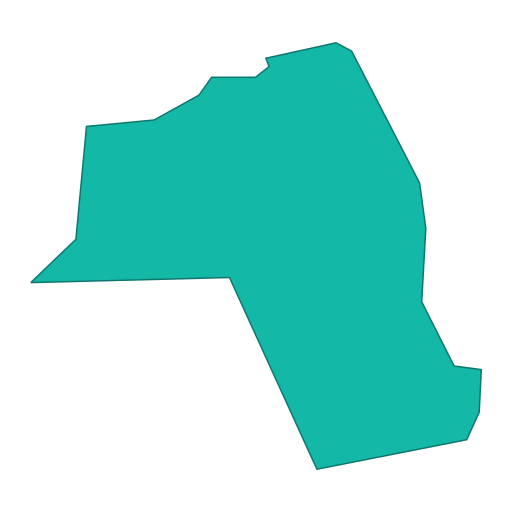 outline of Mayom, Unity, South Sudan
{"feature_id": "79223893B58930219701541", "entity_name": "Mayom", "entity_type": "district", "adm_level": 2, "iso_a3": "SSD", "parent_name": "South Sudan", "parent_adm1": "Unity", "projection": "robinson", "projection_center": [29.225, 9.075], "detail": "fine", "context": "isolated", "style": "filled", "palette": "teal", "viewbox_px": 512, "rotation_deg": 0, "n_neighbors": 0, "source": "geoboundaries", "source_scale": "gbopen_adm2", "svg_char_len": 397}
<svg xmlns="http://www.w3.org/2000/svg" viewBox="0 0 512 512"><path d="M481.3,369.6L454.1,366.0L421.7,301.8L425.8,228.2L419.6,183.0L351.6,51.1L335.9,42.8L265.9,58.2L269.0,66.6L255.5,77.3L211.6,77.3L199.0,95.1L154.1,120.0L86.5,126.4L75.9,239.3L30.8,282.6L30.7,282.6L229.5,277.5L263.3,351.7L316.9,469.2L466.7,439.7L479.2,412.3L481.3,369.6Z" fill="#14b8a6" stroke="#0f766e" stroke-width="1.5"/></svg>